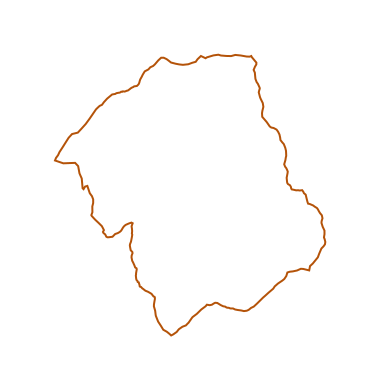 Toepisa, Thimphu, Bhutan, rotated 191°
{"feature_id": "84629894B31491158844122", "entity_name": "Toepisa", "entity_type": "district", "adm_level": 2, "iso_a3": "BTN", "parent_name": "Bhutan", "parent_adm1": "Thimphu", "projection": "equal_earth", "projection_center": [89.777, 27.525], "detail": "fine", "context": "isolated", "style": "outline", "palette": "amber", "viewbox_px": 384, "rotation_deg": 191, "n_neighbors": 0, "source": "geoboundaries", "source_scale": "gbopen_adm2", "svg_char_len": 4073}
<svg xmlns="http://www.w3.org/2000/svg" viewBox="0 0 384 384"><g transform="rotate(191 192 192)"><path d="M300.1,174.8L299.0,174.1L298.0,176.9L295.9,178.0L292.1,171.3L289.4,168.8L287.6,165.9L286.9,162.3L287.1,158.8L285.9,153.1L286.4,150.1L285.8,149.3L281.7,146.3L277.9,143.9L274.0,141.3L272.7,139.7L271.2,137.8L271.8,135.8L271.0,134.8L269.1,133.8L267.6,131.8L266.4,131.4L265.4,131.6L261.5,132.9L259.4,136.1L257.0,137.5L255.4,138.9L254.3,140.3L253.7,141.7L253.2,143.2L252.7,144.4L252.1,145.5L250.9,147.0L248.8,148.5L247.4,149.4L246.3,150.0L245.6,150.4L244.3,150.0L244.7,147.4L244.7,146.6L243.9,144.4L243.4,142.6L243.2,141.5L243.1,139.8L242.5,138.7L242.4,135.7L242.4,134.3L242.4,132.2L242.5,131.0L242.7,130.1L242.9,128.8L242.8,127.6L242.3,126.2L241.1,123.2L239.1,121.7L238.7,120.6L239.1,118.1L238.9,116.3L237.6,113.1L236.3,111.5L235.2,109.9L234.6,109.1L233.4,107.1L231.9,106.5L231.5,105.6L231.4,101.5L231.2,100.5L231.2,99.3L230.4,96.7L229.8,95.2L229.1,94.6L228.5,94.2L228.1,93.3L227.0,93.1L226.7,92.4L225.7,90.6L225.5,89.7L224.9,89.1L224.0,89.1L223.4,88.7L222.4,87.9L221.6,87.6L218.9,86.2L216.3,85.7L214.2,85.0L212.3,84.3L209.8,82.1L208.8,82.0L208.2,81.0L208.0,79.6L208.0,77.9L207.9,74.5L207.6,72.5L205.9,69.2L205.5,68.4L204.4,65.0L203.9,63.6L203.2,62.5L200.5,58.3L196.7,54.4L196.0,53.6L193.9,51.3L190.0,50.0L187.0,48.4L185.1,47.2L183.3,48.6L180.3,51.7L179.1,54.1L178.6,54.9L175.7,57.9L172.5,59.9L171.0,62.3L170.5,62.9L168.1,68.3L167.6,69.3L164.0,73.3L160.5,78.4L157.6,81.6L156.8,82.5L155.9,84.2L152.9,84.3L151.8,84.8L150.9,85.2L149.5,86.6L148.1,87.7L147.0,87.8L146.0,87.9L142.3,86.5L139.7,85.8L138.6,85.8L137.4,85.8L136.4,85.3L135.3,85.1L134.5,85.3L133.3,85.3L132.3,85.0L129.5,85.5L127.3,84.9L124.6,84.9L121.1,85.1L118.3,85.0L115.6,85.9L113.9,87.1L111.9,89.5L109.5,91.3L107.0,94.7L104.4,98.5L102.1,101.9L100.3,104.2L97.7,107.7L93.8,112.6L92.8,115.1L90.1,118.6L86.4,122.3L84.8,124.2L83.4,127.5L83.0,131.2L80.8,132.4L77.9,133.3L73.9,135.0L70.5,137.4L68.1,137.7L62.0,137.4L62.0,141.8L59.8,144.8L58.2,147.8L56.0,151.9L55.4,155.6L54.2,161.2L52.5,163.8L51.5,166.0L51.6,168.4L52.8,171.0L53.8,172.6L53.9,175.9L54.6,179.4L55.9,181.2L57.1,182.8L58.2,184.9L59.0,186.3L59.2,188.1L58.9,191.1L60.1,193.9L62.4,195.8L64.0,197.6L65.1,199.0L66.3,200.1L68.9,201.1L70.5,201.9L74.2,202.7L75.8,202.7L76.8,204.4L78.4,207.8L79.9,211.1L81.9,212.2L82.8,213.5L84.2,214.8L86.6,214.0L88.1,214.0L90.1,213.5L92.6,213.6L94.6,213.6L95.3,214.4L95.9,215.9L97.1,217.3L99.3,218.1L100.3,219.2L100.8,220.7L101.8,224.0L101.8,228.7L101.9,230.3L102.9,231.9L104.1,233.5L105.4,234.6L106.8,236.8L106.4,241.1L106.5,243.8L106.4,245.4L107.0,248.0L107.6,250.4L108.9,253.2L110.3,255.4L111.1,256.6L112.7,257.8L115.1,259.9L115.8,262.1L117.1,265.1L119.0,267.6L120.9,269.4L124.1,270.4L126.5,270.4L128.2,271.2L132.0,274.9L137.4,279.2L138.3,282.7L138.4,285.2L138.2,289.2L139.5,292.8L142.6,296.9L143.4,298.2L145.5,302.6L145.4,304.8L145.2,306.4L145.5,307.3L148.0,310.8L149.5,312.2L151.3,315.1L152.0,317.4L153.1,321.2L154.8,323.6L154.1,327.0L153.2,329.5L153.5,331.3L158.9,335.7L159.8,336.8L161.1,335.9L164.2,335.4L170.3,335.3L175.7,334.8L179.5,332.9L184.2,332.1L189.6,331.5L192.3,331.8L197.0,330.2L203.1,327.0L204.2,325.9L209.2,327.2L211.9,323.4L213.2,320.5L216.4,318.9L220.0,316.7L225.2,315.1L229.0,314.8L232.6,314.8L237.3,315.1L239.8,316.4L242.3,317.6L245.4,318.4L247.9,317.9L250.2,314.8L252.8,310.2L254.2,308.3L256.7,306.5L258.2,304.0L261.4,301.4L262.7,297.9L263.4,295.3L264.3,292.6L264.5,291.0L264.6,289.3L264.9,287.8L265.4,286.9L266.3,285.6L267.6,285.1L268.9,284.7L269.6,283.9L270.8,283.1L272.0,282.0L272.8,281.0L274.4,279.3L275.5,278.9L276.4,278.2L277.4,277.7L279.1,277.6L279.7,277.0L280.6,277.0L281.4,276.1L282.1,275.7L283.3,275.3L284.0,275.0L285.0,274.6L286.1,273.6L289.0,272.5L293.1,267.5L295.6,263.4L297.0,260.4L299.1,258.9L300.7,256.7L302.0,254.8L306.3,244.9L309.3,238.5L312.6,233.0L315.4,228.5L320.8,226.0L323.4,221.8L325.1,217.5L327.7,210.8L329.7,205.9L330.5,202.6L332.0,199.5L332.5,196.8L323.8,195.6L312.3,198.3L308.7,195.7L306.0,188.8L302.8,184.2L300.1,174.8Z" fill="none" stroke="#b45309" stroke-width="2"/></g></svg>